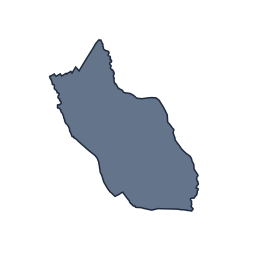 the district of Nealtican, Puebla, Mexico, rotated 204°
{"feature_id": "50627088B48552785623395", "entity_name": "Nealtican", "entity_type": "district", "adm_level": 2, "iso_a3": "MEX", "parent_name": "Mexico", "parent_adm1": "Puebla", "projection": "albers", "projection_center": [-98.437, 19.058], "detail": "fine", "context": "isolated", "style": "filled", "palette": "slate", "viewbox_px": 256, "rotation_deg": 204, "n_neighbors": 0, "source": "geoboundaries", "source_scale": "gbopen_adm2", "svg_char_len": 5734}
<svg xmlns="http://www.w3.org/2000/svg" viewBox="0 0 256 256"><g transform="rotate(204 128 128)"><path d="M112.0,60.3L109.1,63.9L107.8,65.9L106.7,67.2L100.2,63.5L98.1,62.4L97.3,62.2L96.4,61.0L95.4,60.6L95.0,60.1L93.9,60.1L93.3,59.6L92.7,59.6L92.2,59.2L91.4,59.0L90.6,59.1L89.6,59.5L88.9,58.7L87.4,59.1L83.7,60.6L80.7,61.0L78.1,61.6L75.3,62.1L72.8,62.7L67.9,66.5L49.6,74.1L46.7,74.8L43.7,76.0L42.1,76.5L40.8,76.7L39.1,77.2L38.3,77.6L37.3,77.7L36.8,77.8L36.1,78.1L36.2,78.3L36.2,78.8L36.1,79.0L35.7,79.5L35.6,79.9L35.6,80.2L35.5,80.3L35.6,80.5L35.8,80.7L36.2,80.8L36.5,81.1L38.5,81.9L38.5,83.0L38.9,84.6L39.5,85.1L39.8,85.9L39.9,86.7L40.1,87.0L41.0,87.3L41.5,87.7L41.8,88.0L42.0,88.8L41.8,89.4L39.4,90.7L38.9,91.3L38.9,92.1L38.9,92.7L38.8,93.1L38.3,93.9L38.2,94.4L38.1,94.9L38.2,95.5L38.3,96.0L38.3,96.4L38.4,96.8L38.7,97.7L38.9,98.1L39.1,98.8L38.9,99.3L38.8,99.6L38.9,100.3L39.2,101.0L39.8,101.2L40.3,101.1L40.7,100.8L41.0,100.8L41.4,101.0L41.6,101.5L41.4,103.5L41.0,104.7L40.9,105.5L41.8,106.2L42.0,106.7L42.1,107.3L43.1,107.7L43.8,108.3L44.4,109.0L44.6,109.6L45.0,110.5L45.0,111.5L44.8,112.3L44.7,112.6L44.7,112.9L45.0,113.5L47.2,114.9L50.8,117.2L51.9,119.2L53.0,121.3L56.2,124.0L57.4,125.7L59.6,127.4L61.9,127.9L64.4,128.4L67.7,129.5L70.6,130.7L73.9,132.7L77.7,134.8L80.2,136.4L81.0,137.9L83.3,140.3L84.9,142.0L85.5,145.3L87.0,145.8L91.3,148.3L94.1,149.5L97.5,156.0L101.2,159.1L104.2,161.5L111.1,166.1L114.9,166.9L119.0,165.3L122.4,163.4L127.2,160.4L132.2,158.8L136.3,160.1L140.1,160.4L144.6,159.1L146.8,158.8L147.1,159.1L147.3,159.2L147.5,159.5L147.9,159.7L148.4,160.1L148.5,160.1L148.9,160.1L149.5,160.3L151.4,160.2L151.9,160.2L152.2,160.2L152.5,160.6L152.9,160.6L153.4,160.4L153.6,160.4L153.8,160.7L154.3,161.4L154.8,161.6L155.7,162.3L156.0,162.6L156.3,163.0L156.5,163.0L156.8,163.1L157.1,163.2L157.3,163.2L157.5,163.4L157.7,163.5L158.0,163.4L158.3,163.3L158.4,163.5L158.5,163.6L160.1,165.6L160.5,166.6L160.7,166.9L160.8,167.4L160.7,167.6L160.9,167.9L161.3,168.2L161.8,168.4L162.0,168.6L162.1,168.8L162.3,169.3L162.6,170.1L162.8,170.5L162.7,171.3L162.6,171.7L162.8,172.0L162.9,172.5L163.3,172.8L163.5,172.8L163.9,172.8L164.0,173.6L164.1,173.8L164.5,174.0L165.1,174.2L165.3,174.3L165.6,174.7L165.8,174.7L166.0,174.8L166.2,174.4L166.5,174.5L167.2,174.9L167.8,175.2L168.1,175.3L168.3,175.5L168.6,175.8L168.6,176.3L168.6,177.7L168.7,177.9L168.9,178.1L169.2,178.3L169.4,178.4L170.4,178.6L170.5,178.7L170.7,178.9L171.2,179.9L171.2,180.0L171.0,180.3L170.6,180.7L170.5,180.8L170.2,181.2L170.2,181.3L170.2,181.5L170.3,181.7L170.4,181.9L170.1,182.4L170.3,182.6L170.8,183.2L171.0,183.3L171.9,183.1L172.2,183.2L172.3,183.3L172.4,183.9L172.4,184.5L172.5,184.5L172.8,185.1L173.0,185.7L173.6,186.1L174.0,186.1L174.5,186.0L175.2,186.1L175.5,186.3L175.8,186.7L175.8,187.1L176.0,187.5L175.9,187.8L175.9,188.3L175.8,188.7L175.9,188.9L176.2,189.3L176.3,189.6L176.8,189.8L177.5,189.9L177.9,189.9L178.4,190.0L178.9,189.9L179.6,189.7L179.8,189.6L180.0,189.6L180.3,189.6L180.5,189.7L180.6,189.8L181.8,189.9L182.0,190.0L182.3,190.1L182.4,190.3L182.7,190.6L183.2,191.5L183.6,192.0L183.8,192.1L184.1,192.3L184.2,192.5L184.4,192.7L184.5,193.1L184.8,193.6L185.0,194.1L185.0,194.3L185.3,194.6L185.6,194.7L185.8,194.7L186.1,194.8L186.2,195.0L186.6,195.5L186.8,195.7L187.1,196.0L187.3,196.2L187.6,196.4L188.0,196.6L188.2,196.8L188.4,197.2L188.5,197.2L188.7,197.3L188.9,197.2L189.1,196.8L189.3,196.7L189.6,196.6L189.8,196.6L190.3,196.8L190.4,196.4L190.6,196.2L190.8,195.5L191.8,192.3L191.9,191.3L192.4,186.6L192.4,186.2L192.5,185.9L192.6,185.2L192.9,183.2L194.1,174.6L195.1,167.2L195.2,165.9L195.5,163.9L195.9,160.3L200.6,162.4L201.5,155.4L203.2,156.5L206.2,152.3L206.8,152.7L209.8,148.5L211.9,149.9L214.7,146.1L215.2,146.0L215.4,146.1L217.3,147.4L219.8,143.9L220.3,143.8L220.3,143.5L220.5,143.0L220.3,142.7L219.5,142.1L219.3,141.7L219.1,141.5L218.8,141.3L218.6,141.3L217.5,140.5L216.9,139.8L216.3,139.2L215.8,138.6L215.3,137.9L215.1,137.4L214.8,137.0L214.4,137.1L213.8,137.4L213.2,137.3L212.7,137.0L212.6,136.9L212.5,136.5L212.4,136.3L212.2,136.0L212.0,135.4L211.8,135.0L211.7,134.5L211.4,134.2L211.1,133.8L211.0,133.7L210.9,133.7L210.6,133.8L210.2,133.7L209.9,133.5L209.7,133.4L209.1,133.2L208.6,133.0L208.4,132.8L208.0,132.5L207.8,132.3L207.6,132.0L207.3,131.6L206.8,131.3L206.6,131.3L205.9,131.6L205.6,131.6L205.2,131.5L204.9,131.3L204.6,130.1L204.6,129.8L204.8,129.5L204.8,128.6L204.7,128.0L204.4,127.4L203.9,127.0L203.6,126.8L202.8,126.8L202.6,126.9L202.3,126.9L202.2,126.6L202.1,126.2L202.0,125.8L201.8,125.5L201.6,125.3L201.3,125.1L200.5,125.2L200.4,125.0L200.3,124.9L200.1,124.6L199.6,124.4L199.3,124.1L199.2,123.7L199.1,123.3L199.1,123.1L199.8,122.2L199.9,121.8L199.9,121.5L200.1,121.2L200.4,121.1L200.8,121.1L201.1,121.0L201.4,120.8L201.6,120.6L201.7,120.4L201.7,120.1L201.4,119.5L201.1,119.0L200.9,118.2L200.7,117.9L200.4,117.7L200.1,117.7L199.7,117.9L199.1,118.0L198.2,117.8L197.7,117.6L197.5,117.4L197.1,117.2L196.5,116.4L196.3,116.3L195.9,116.0L195.8,115.7L195.5,115.4L194.8,115.1L194.4,114.9L193.9,114.7L193.1,114.0L192.4,113.2L191.8,112.7L191.6,112.4L191.4,112.0L191.1,111.7L190.8,111.1L190.3,110.7L189.8,110.3L189.5,110.0L189.2,109.8L189.1,109.5L188.9,108.9L187.9,107.9L187.4,107.5L186.9,107.0L186.4,106.7L185.6,106.6L184.8,106.3L183.1,105.2L182.4,104.6L181.9,104.1L181.4,103.9L180.9,102.8L180.6,102.3L180.2,101.9L179.7,101.2L178.8,100.5L178.2,100.2L177.8,99.8L177.5,99.3L177.3,99.1L176.4,98.3L176.2,97.9L175.9,97.7L175.3,97.4L174.4,98.0L174.0,97.8L173.6,97.2L172.8,96.8L171.8,97.0L171.6,97.0L168.3,95.8L164.7,94.6L154.3,91.4L146.9,89.5L143.9,87.9L141.1,85.2L138.2,80.8L135.3,76.2L132.5,73.9L129.9,70.8L128.2,68.9L123.2,65.2L121.0,63.8L118.7,62.5L115.9,61.7L113.6,60.8L112.0,60.3Z" fill="#64748b" stroke="#1e293b" stroke-width="1.5"/></g></svg>